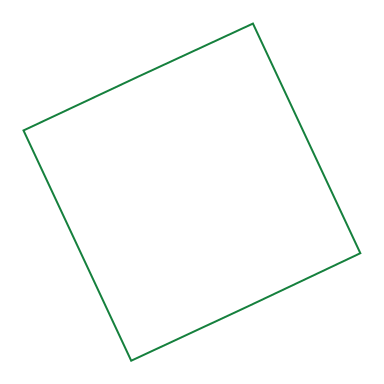 Lake, South Dakota, United States of America (Mercator projection), rotated 155°
{"feature_id": "52423323B90416567000763", "entity_name": "Lake", "entity_type": "district", "adm_level": 2, "iso_a3": "USA", "parent_name": "United States of America", "parent_adm1": "South Dakota", "projection": "mercator", "projection_center": [-97.164, 44.022], "detail": "fine", "context": "isolated", "style": "outline", "palette": "green", "viewbox_px": 384, "rotation_deg": 155, "n_neighbors": 0, "source": "geoboundaries", "source_scale": "gbopen_adm2", "svg_char_len": 244}
<svg xmlns="http://www.w3.org/2000/svg" viewBox="0 0 384 384"><g transform="rotate(155 192 192)"><path d="M65.6,318.9L192.2,319.3L318.7,319.0L318.4,64.8L191.9,64.7L65.3,65.4L65.6,318.9Z" fill="none" stroke="#15803d" stroke-width="2"/></g></svg>